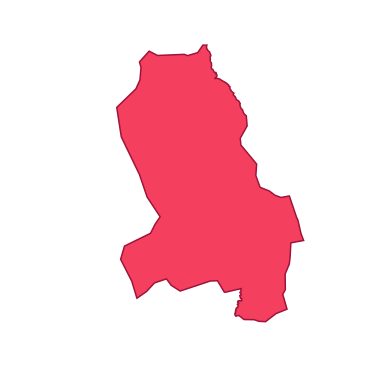 Mandal, Selenge, Mongolia (Albers equal-area conic projection), rotated 250°
{"feature_id": "93677404B74033139803686", "entity_name": "Mandal", "entity_type": "district", "adm_level": 2, "iso_a3": "MNG", "parent_name": "Mongolia", "parent_adm1": "Selenge", "projection": "albers", "projection_center": [107.085, 48.868], "detail": "fine", "context": "isolated", "style": "filled", "palette": "rose", "viewbox_px": 384, "rotation_deg": 250, "n_neighbors": 0, "source": "geoboundaries", "source_scale": "gbopen_adm2", "svg_char_len": 5383}
<svg xmlns="http://www.w3.org/2000/svg" viewBox="0 0 384 384"><g transform="rotate(250 192 192)"><path d="M245.1,269.1L246.1,268.5L246.7,268.1L247.2,267.9L247.5,267.8L247.8,267.7L248.5,267.6L248.9,267.5L249.4,267.4L249.7,267.4L249.9,267.4L250.2,267.5L250.6,267.6L250.9,267.6L251.3,267.6L251.6,267.6L251.9,267.5L252.4,267.5L252.5,267.4L252.9,267.2L253.1,267.0L253.7,266.7L254.0,266.7L254.3,266.7L254.6,266.7L254.8,266.6L255.0,266.6L255.3,266.6L255.5,266.6L255.9,266.7L256.1,266.8L256.3,266.7L256.9,266.7L257.4,266.7L257.7,266.8L257.8,267.0L258.1,267.3L258.3,267.4L258.5,267.5L259.0,267.6L259.4,267.4L259.7,267.2L260.1,267.1L260.4,267.1L260.6,267.1L260.8,267.1L261.2,267.2L261.4,267.1L261.5,267.1L261.7,266.9L261.9,266.7L262.5,266.2L263.1,265.8L263.6,265.5L264.1,265.3L264.3,265.3L264.7,265.3L264.9,265.3L265.2,265.3L265.4,265.4L265.7,265.3L265.9,265.2L266.1,265.1L266.3,265.2L266.6,265.1L266.9,265.1L267.0,265.1L267.3,264.8L267.5,264.7L268.0,264.6L268.2,264.4L268.4,264.3L268.5,264.2L268.9,264.1L269.2,264.1L269.5,264.2L269.8,264.3L270.0,264.6L270.1,264.9L270.2,265.0L270.3,265.1L270.5,265.1L270.9,265.1L271.0,265.0L271.2,264.6L271.4,264.5L271.5,264.4L271.9,264.3L272.1,264.2L272.4,264.0L272.5,263.9L272.8,263.8L273.0,263.7L273.5,263.5L273.8,263.4L274.2,263.4L274.9,263.4L275.3,263.2L275.5,263.1L275.9,262.9L276.0,262.9L276.6,263.0L276.9,263.2L277.0,263.3L277.3,263.3L277.5,263.4L277.6,263.5L278.0,263.7L278.4,263.6L278.6,263.4L278.7,263.2L278.8,262.9L279.1,262.8L279.3,262.7L279.9,262.9L280.1,263.0L280.3,262.9L280.5,262.8L280.6,262.7L280.8,262.6L281.1,262.4L281.3,262.3L281.7,261.9L281.8,261.8L282.2,261.8L282.3,261.8L282.3,261.7L282.4,261.4L282.5,261.3L282.7,261.2L282.9,261.2L283.0,261.1L283.1,260.9L283.3,260.8L283.6,260.7L283.9,260.6L284.0,260.5L284.3,260.3L284.5,260.0L284.7,259.8L284.9,259.6L285.5,259.1L286.1,258.7L286.3,258.6L286.7,258.1L286.9,258.0L287.2,257.7L287.7,257.3L287.9,257.1L288.2,257.0L288.3,256.9L288.5,256.9L288.9,256.5L289.1,256.0L289.3,255.7L289.5,255.4L290.0,254.8L290.3,254.5L290.5,254.2L290.5,253.8L290.5,253.4L290.5,253.0L290.6,252.6L290.7,252.4L290.8,252.4L291.0,252.4L291.3,252.8L291.5,253.2L291.6,253.7L291.8,254.3L292.0,254.6L292.4,255.0L292.6,255.2L293.0,255.3L293.3,255.4L293.7,255.5L294.0,255.4L294.3,255.1L294.4,254.9L294.5,254.8L294.6,254.7L294.9,254.9L295.0,255.0L295.2,255.4L295.5,255.4L295.8,255.4L296.1,255.4L296.3,255.2L296.4,254.8L296.5,254.5L296.5,254.4L296.9,253.9L297.1,253.8L297.7,253.8L298.4,253.8L298.8,253.7L299.3,253.6L299.7,253.5L300.2,253.4L300.3,253.1L300.6,252.8L300.7,252.7L301.0,252.6L301.3,252.6L301.5,252.7L301.9,252.6L302.0,252.6L302.6,252.8L302.8,252.9L303.1,253.1L303.5,253.4L303.9,253.6L304.6,253.7L305.3,254.0L305.7,254.2L306.1,254.3L306.9,254.3L307.4,254.1L307.9,254.0L308.4,254.0L308.8,254.0L309.2,254.0L309.6,254.2L310.1,254.4L310.4,254.6L311.1,254.9L311.4,255.0L312.2,255.0L312.5,255.1L312.8,255.3L313.0,255.6L313.3,256.0L313.5,256.2L313.8,256.4L314.1,256.5L314.6,256.5L315.0,256.5L315.3,256.5L315.9,256.3L316.1,256.2L316.3,256.2L316.5,256.3L316.9,256.4L317.3,256.5L317.6,256.4L317.9,256.3L318.2,256.1L318.4,255.9L319.1,255.6L319.6,255.3L320.4,255.2L320.8,255.2L321.1,255.0L321.3,254.9L321.8,254.9L321.9,255.0L322.1,255.0L322.5,255.0L323.5,255.4L323.8,255.5L324.3,255.7L324.7,256.0L324.9,256.2L326.3,252.5L321.0,245.0L321.7,234.4L324.0,231.8L332.1,206.3L339.0,199.9L332.2,187.1L326.5,186.7L315.1,181.4L308.1,174.6L297.2,150.2L267.9,144.4L226.4,148.6L202.6,148.1L179.6,153.6L174.4,146.4L167.4,138.9L164.3,110.1L153.2,101.9L128.7,104.9L111.0,103.9L114.0,115.1L119.4,125.7L119.1,138.3L111.3,140.6L103.0,147.0L102.1,178.7L99.9,185.6L86.9,188.1L86.4,189.1L84.4,205.2L84.2,205.1L84.1,204.8L84.0,204.7L83.9,204.4L83.7,204.3L83.4,204.3L83.0,204.5L82.7,204.5L82.2,204.4L82.0,204.2L81.8,203.5L81.7,203.3L81.2,202.8L81.0,202.6L80.9,202.6L80.6,202.7L80.0,203.2L79.4,203.2L78.9,203.2L78.6,203.2L78.4,203.0L78.3,202.8L78.4,202.6L78.6,202.4L78.6,202.2L78.5,201.9L78.4,201.5L78.2,201.4L77.6,201.4L77.1,201.5L76.8,201.5L76.2,201.2L75.8,201.2L75.4,201.4L75.2,201.6L75.1,201.8L75.1,202.2L74.9,202.2L74.3,201.7L74.0,201.6L73.8,201.6L73.6,201.7L73.4,201.9L73.2,201.9L73.1,201.7L73.2,201.3L73.0,201.1L72.8,200.9L72.8,200.7L73.5,200.0L73.8,198.9L73.9,198.2L73.6,197.7L73.4,197.5L73.3,197.4L73.1,197.3L73.0,197.2L72.8,197.3L72.7,197.4L72.6,197.7L72.6,197.9L72.4,197.9L72.2,197.9L71.5,197.7L71.3,197.5L71.2,197.3L71.2,197.1L71.2,196.7L71.1,196.3L71.0,196.2L70.8,196.2L70.5,196.3L70.3,196.5L70.0,196.6L69.7,196.7L69.4,196.5L69.2,196.4L69.0,196.2L68.3,195.8L68.1,195.7L68.1,195.3L68.2,195.2L68.1,194.9L67.9,194.6L67.8,194.4L67.8,194.1L67.6,193.9L67.3,193.8L67.1,193.7L67.0,193.4L66.9,193.2L66.7,193.0L65.9,192.9L65.7,192.8L65.6,192.7L65.4,192.6L65.4,192.4L65.3,192.1L65.2,192.0L64.6,192.0L64.4,191.9L64.2,191.8L64.0,191.7L63.7,191.7L63.4,191.6L63.4,191.3L63.4,191.1L63.4,190.9L63.2,190.8L62.8,190.9L62.6,190.7L62.4,190.5L62.3,190.4L62.0,190.3L61.8,190.4L61.6,190.5L61.2,190.6L60.8,190.7L60.6,190.6L60.4,190.7L60.3,191.0L60.2,191.2L60.2,191.5L60.3,191.7L59.9,193.9L54.4,197.2L50.7,206.8L47.6,210.6L45.0,216.8L49.0,229.3L49.4,241.2L64.8,242.3L68.3,246.3L83.1,251.5L90.9,258.7L97.4,262.0L110.4,267.5L108.3,280.3L115.7,280.2L129.3,281.9L132.2,281.6L155.0,282.1L156.4,273.8L160.7,268.7L166.4,265.1L173.1,257.6L185.6,257.6L196.1,262.3L219.4,254.0L226.0,255.7L235.2,266.4L245.1,269.1Z" fill="#f43f5e" stroke="#9f1239" stroke-width="1.5"/></g></svg>